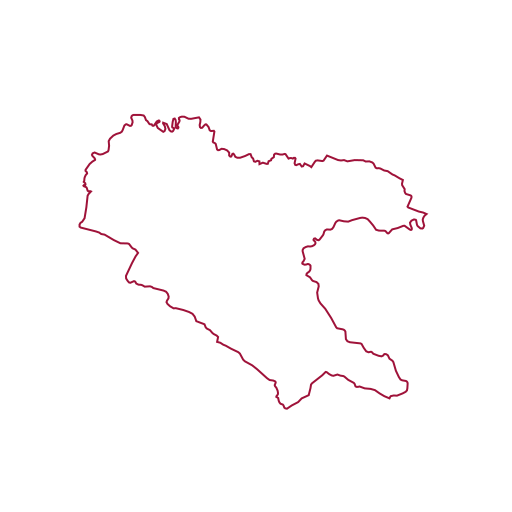 outline of Krong A Na, Đắk Lắk, Vietnam, rotated 202°
{"feature_id": "81297802B38165084831058", "entity_name": "Krong A Na", "entity_type": "district", "adm_level": 2, "iso_a3": "VNM", "parent_name": "Vietnam", "parent_adm1": "Đắk Lắk", "projection": "orthographic", "projection_center": [108.03, 12.494], "detail": "fine", "context": "isolated", "style": "outline", "palette": "rose", "viewbox_px": 512, "rotation_deg": 202, "n_neighbors": 0, "source": "geoboundaries", "source_scale": "gbopen_adm2", "svg_char_len": 6139}
<svg xmlns="http://www.w3.org/2000/svg" viewBox="0 0 512 512"><g transform="rotate(202 256 256)"><path d="M78.9,174.0L78.8,175.7L78.5,176.6L76.0,178.3L73.0,179.3L68.6,183.5L66.4,186.1L65.7,187.9L66.1,190.0L67.6,194.5L68.2,195.5L69.1,196.1L70.1,196.3L73.9,195.5L75.7,195.6L78.2,197.3L83.3,202.0L88.9,209.1L90.3,210.0L93.8,210.8L96.5,213.3L97.3,213.5L98.7,213.7L100.0,213.3L100.5,212.7L100.7,211.5L102.0,210.0L105.0,209.4L110.6,209.3L112.4,210.2L113.5,210.3L115.6,208.9L118.1,208.9L121.7,211.2L125.2,214.0L126.4,214.1L136.7,211.2L139.3,211.2L141.5,212.6L144.8,219.4L145.7,220.1L146.8,220.5L148.1,220.5L153.7,219.4L154.9,219.9L163.1,226.7L172.0,233.0L178.5,236.2L181.3,238.3L182.7,240.0L185.6,245.0L186.5,251.4L187.7,253.5L190.1,254.5L193.8,254.2L194.9,254.5L198.0,256.5L202.1,257.1L202.4,258.2L202.1,259.4L200.8,261.5L200.5,263.1L200.6,264.3L201.8,267.4L202.5,267.9L204.0,268.2L205.0,268.0L206.4,266.8L207.8,266.1L210.0,266.2L210.4,266.6L210.5,267.6L210.0,269.0L209.8,271.6L214.5,277.8L215.0,279.0L214.8,281.0L213.3,282.9L211.5,284.4L209.3,285.1L207.7,286.1L206.3,287.7L205.7,288.9L205.6,289.9L206.1,291.0L207.0,291.7L208.4,292.1L208.8,292.7L208.7,293.8L207.8,294.5L205.4,293.8L203.8,294.1L203.2,295.1L201.7,300.4L201.6,301.4L201.9,304.3L201.4,305.9L200.2,307.2L196.9,308.3L195.6,309.6L195.0,311.8L194.8,316.3L194.4,317.9L193.2,319.6L192.3,320.3L187.5,321.1L183.4,322.4L180.3,325.3L173.7,330.3L171.8,331.4L169.1,332.1L166.3,332.0L163.3,330.6L158.8,328.2L154.5,325.3L151.5,325.6L146.3,327.6L145.3,327.6L142.6,326.3L141.8,326.5L141.4,327.0L139.7,331.7L135.1,335.0L130.8,339.1L129.6,339.7L123.6,338.2L122.6,338.1L121.7,338.5L121.6,339.2L122.0,340.2L124.6,342.8L125.7,344.6L125.1,347.0L123.2,349.1L121.4,349.4L121.0,349.2L118.4,345.2L117.3,344.3L113.9,343.2L112.0,343.8L111.5,344.6L111.4,347.1L114.4,351.0L115.1,352.4L115.2,354.4L114.8,356.5L113.6,358.8L117.3,358.9L121.7,358.2L133.0,358.0L134.0,358.5L133.7,368.2L134.0,369.2L134.6,369.9L135.4,370.1L140.2,369.7L141.4,370.4L142.7,371.9L143.2,373.7L147.0,376.4L147.7,377.7L148.3,381.5L152.0,381.8L157.7,382.7L160.0,382.7L165.7,384.0L169.2,383.3L173.5,383.7L175.2,383.4L176.7,382.6L178.2,382.7L181.6,385.7L183.2,386.3L186.4,386.2L189.7,384.7L192.5,384.9L200.4,381.9L206.7,378.0L210.3,377.9L213.0,376.4L215.9,375.7L227.8,375.7L229.1,369.7L230.0,368.9L234.8,367.7L236.3,366.7L236.8,365.1L238.0,359.1L239.6,359.6L245.6,360.0L246.0,356.9L247.1,356.1L249.8,357.8L251.3,356.8L252.7,355.3L253.8,355.2L255.0,356.5L255.8,361.1L256.6,361.6L257.8,361.1L258.3,360.1L259.6,360.1L261.1,359.6L262.3,358.5L266.8,361.5L267.6,361.4L269.6,359.9L271.8,359.1L275.5,358.6L276.5,358.1L277.2,356.8L276.5,354.3L278.1,351.9L277.9,350.4L279.8,348.6L279.6,345.9L280.6,345.4L284.6,345.1L287.2,342.5L288.3,345.0L290.4,344.8L291.9,343.1L293.4,343.0L295.2,345.3L296.9,345.9L299.2,348.4L300.7,347.8L303.6,344.6L307.6,341.1L310.1,340.1L312.3,340.2L314.3,341.9L315.4,342.4L316.1,341.9L316.2,339.0L317.0,338.5L318.5,339.1L319.6,341.8L322.4,343.1L325.6,343.2L328.1,342.5L329.7,340.5L330.8,339.9L332.0,340.2L335.3,344.8L336.6,345.3L338.1,345.3L338.9,345.8L341.2,355.8L342.0,356.3L344.5,355.0L346.0,355.2L348.3,357.8L351.3,359.4L352.2,359.1L353.1,357.3L353.9,354.8L355.0,354.1L356.2,354.5L357.3,356.3L357.8,359.3L358.6,361.7L360.8,363.2L367.5,358.9L370.0,358.0L374.6,358.3L377.0,357.4L378.4,356.3L379.2,355.1L378.6,353.8L377.7,353.3L377.4,352.0L378.0,348.0L377.6,347.3L376.4,346.6L376.0,345.9L376.2,345.0L376.8,344.8L378.7,345.2L380.5,350.2L381.5,352.0L382.9,353.0L383.9,352.2L383.5,349.2L382.3,344.7L381.8,343.9L379.8,343.7L379.5,343.4L379.7,340.9L380.2,340.0L381.3,339.6L383.3,340.2L388.2,344.9L392.0,344.8L391.8,344.1L389.2,342.2L387.6,339.9L387.6,337.5L388.5,336.4L395.0,337.9L397.7,340.3L397.8,341.4L397.4,342.3L395.8,344.1L395.8,344.8L396.4,345.3L397.0,345.2L398.4,343.6L399.5,338.7L400.2,338.1L400.9,338.1L402.0,339.0L403.5,338.4L404.4,338.5L407.2,340.4L408.9,340.8L411.1,343.2L412.8,344.2L416.0,343.5L422.4,340.9L423.2,340.2L423.7,339.1L423.5,337.4L421.3,335.3L420.5,333.7L420.3,330.8L420.7,329.9L421.6,329.4L425.3,329.7L426.0,329.3L426.9,327.7L426.8,322.8L427.0,321.0L428.0,319.4L431.2,316.8L433.4,314.2L435.3,310.1L435.6,307.3L433.5,303.2L432.4,299.0L432.4,297.5L436.3,293.1L438.3,291.8L439.8,291.4L444.4,291.5L445.9,290.0L446.0,288.3L445.1,287.5L442.4,286.3L441.4,285.4L441.2,284.8L443.1,282.2L444.7,279.0L446.3,272.1L446.0,271.1L444.2,270.3L443.5,269.2L444.2,267.3L444.3,265.3L444.2,263.9L443.4,261.3L443.5,260.2L441.6,259.5L440.9,258.5L440.9,257.7L442.0,257.4L442.3,256.5L441.6,256.2L439.1,256.2L438.3,255.6L436.6,253.5L435.6,253.2L434.0,254.0L433.2,254.0L434.5,250.6L434.7,248.8L431.5,237.5L429.1,226.8L430.0,222.6L431.1,221.1L431.4,219.1L430.6,217.1L429.2,216.7L413.6,218.8L410.2,219.0L407.7,218.4L404.4,219.1L393.8,217.5L386.5,217.0L379.6,219.6L378.2,219.6L374.5,217.4L373.3,216.9L370.2,216.8L366.5,214.7L367.5,210.6L368.3,203.0L369.1,188.8L368.0,186.5L365.6,184.8L363.8,183.9L362.5,184.1L359.7,187.0L358.4,187.0L356.7,185.6L354.2,185.4L351.9,186.2L350.4,186.3L347.7,185.9L342.9,188.2L340.9,188.3L339.2,187.8L328.8,189.3L326.0,189.2L323.7,187.9L321.8,185.7L321.3,183.9L321.8,181.2L321.7,179.7L320.1,178.4L316.9,177.2L312.8,176.6L310.8,177.6L303.1,178.7L297.1,179.0L293.2,178.6L290.1,176.8L286.9,173.2L278.2,173.4L275.9,171.0L274.4,170.3L270.9,170.0L267.6,168.3L266.0,167.8L262.7,167.5L260.8,166.7L259.9,161.8L256.6,162.2L253.1,161.5L250.4,161.5L244.4,160.7L236.4,160.2L234.4,159.5L229.1,155.1L226.9,154.2L218.6,153.2L212.5,151.4L199.9,146.8L196.9,146.1L193.3,147.0L191.2,146.9L190.5,146.4L190.3,145.8L190.3,143.3L189.5,142.4L187.8,141.5L185.5,139.2L184.2,137.1L183.9,135.8L184.5,133.7L184.4,133.0L182.3,132.7L180.7,130.3L179.4,129.0L177.9,128.2L175.5,128.3L174.6,127.8L172.9,126.0L171.8,125.7L170.1,126.0L166.8,130.9L162.2,136.3L160.3,141.1L155.0,146.7L156.0,153.9L156.8,157.4L156.4,158.9L149.9,170.2L148.0,174.6L147.0,174.8L143.9,173.9L141.1,173.6L139.4,173.9L136.1,176.6L133.0,176.7L130.0,177.4L128.9,177.3L124.1,175.7L117.8,175.0L116.7,174.4L114.9,172.4L113.8,172.3L112.5,172.8L111.1,173.8L105.6,174.0L100.0,175.7L95.5,176.2L89.9,174.9L84.5,174.1L78.9,174.0Z" fill="none" stroke="#9f1239" stroke-width="2"/></g></svg>